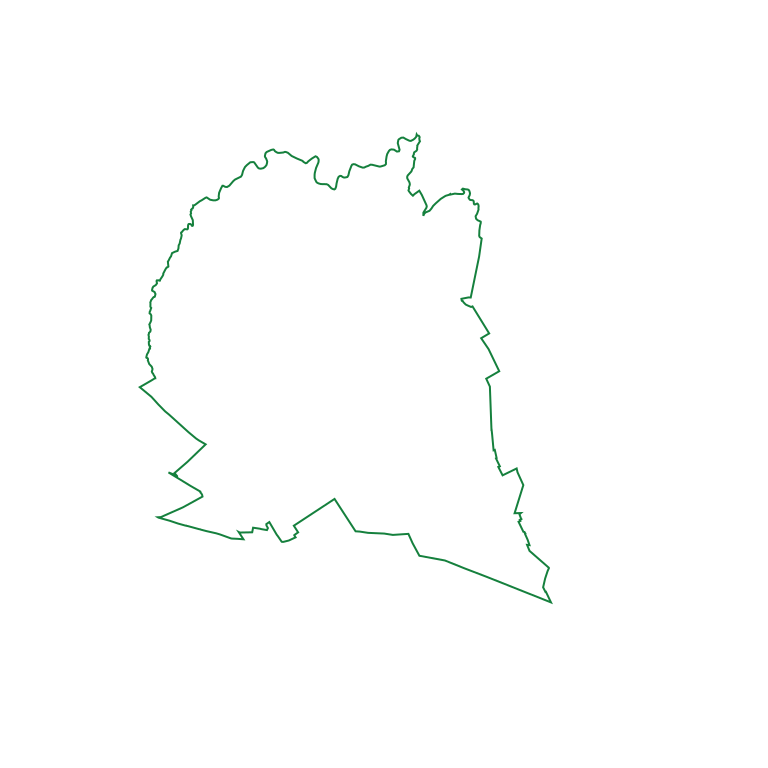 San Andrés Cholula, Puebla, Mexico, rotated 211°
{"feature_id": "50627088B61245588023001", "entity_name": "San Andrés Cholula", "entity_type": "district", "adm_level": 2, "iso_a3": "MEX", "parent_name": "Mexico", "parent_adm1": "Puebla", "projection": "mercator", "projection_center": [-98.283, 19.022], "detail": "fine", "context": "isolated", "style": "outline", "palette": "green", "viewbox_px": 768, "rotation_deg": 211, "n_neighbors": 0, "source": "geoboundaries", "source_scale": "gbopen_adm2", "svg_char_len": 6166}
<svg xmlns="http://www.w3.org/2000/svg" viewBox="0 0 768 768"><g transform="rotate(211 384 384)"><path d="M523.2,197.2L497.2,197.0L486.0,197.2L485.6,196.5L484.2,196.1L482.8,195.3L481.6,194.0L492.9,174.6L506.7,155.0L509.2,153.3L508.5,153.3L497.3,156.4L488.7,158.3L481.1,160.4L480.8,160.7L479.9,160.8L478.9,161.2L467.5,164.4L466.6,164.8L466.1,164.8L460.3,166.5L450.9,169.6L447.0,170.6L435.8,172.8L434.9,173.1L429.9,175.8L424.5,178.5L432.3,182.3L431.1,182.4L420.6,189.0L422.2,193.4L415.7,196.1L414.5,196.4L409.1,198.5L409.3,200.7L411.9,202.2L412.7,203.3L411.2,206.6L398.4,199.6L396.6,198.9L390.7,196.2L390.3,196.1L389.0,196.8L385.0,200.8L380.8,207.0L383.0,208.1L383.1,208.3L381.2,212.6L388.3,216.1L367.2,260.0L332.5,243.1L328.8,245.0L321.0,248.2L306.8,255.9L298.7,259.2L285.9,268.1L277.4,262.2L265.2,255.0L240.9,264.1L220.3,267.4L196.6,271.6L128.4,282.8L138.2,289.3L138.5,288.9L142.9,291.7L145.7,300.3L147.4,307.8L147.8,311.1L148.1,311.4L173.3,315.9L178.5,319.8L176.3,320.8L180.7,324.5L186.0,328.2L185.8,328.6L187.4,329.5L188.4,329.1L197.7,335.2L196.6,336.8L197.6,337.4L196.8,338.6L197.0,338.7L196.8,339.1L197.6,339.5L200.8,342.1L200.2,343.9L205.5,340.5L212.5,369.1L224.1,377.1L226.8,379.9L235.3,366.8L243.3,371.8L242.3,373.1L249.7,377.9L249.3,378.5L255.1,384.6L255.9,383.6L265.9,397.2L268.2,400.2L268.3,400.1L291.9,436.3L299.1,441.2L291.8,454.3L312.4,467.8L324.3,473.3L319.9,481.5L348.1,496.1L349.0,494.9L352.6,494.4L354.9,494.2L358.0,495.0L359.3,495.7L360.1,495.4L360.7,495.9L361.5,496.9L356.2,501.7L354.2,502.8L368.1,542.2L375.2,559.0L377.6,559.2L378.7,560.0L381.4,564.9L383.5,569.9L383.8,571.3L384.5,572.8L384.8,573.0L388.1,572.6L389.8,573.0L390.2,573.1L391.9,575.0L391.9,577.9L392.8,582.2L393.7,583.5L394.5,585.2L395.4,586.2L396.4,586.7L397.1,586.7L398.5,584.7L399.2,584.5L399.8,584.8L401.3,586.9L401.9,587.1L402.7,587.2L404.8,586.2L405.5,586.2L407.2,587.0L407.6,587.4L407.8,590.0L408.5,591.8L410.2,593.4L411.5,594.0L412.5,593.8L414.6,592.8L417.0,592.1L417.4,590.9L415.0,590.4L414.0,589.6L413.8,588.8L414.1,587.7L415.1,586.9L418.5,585.0L421.3,583.7L424.7,580.5L425.1,580.9L425.9,579.4L427.8,577.4L428.5,576.3L430.7,571.9L432.7,565.5L433.6,562.0L433.7,558.8L434.2,555.9L436.8,552.4L437.2,550.6L436.9,548.4L438.5,551.2L438.4,556.8L438.8,558.2L439.6,559.1L448.9,565.5L453.3,567.9L455.7,562.4L456.2,560.3L458.7,560.8L462.0,562.1L462.7,562.5L463.2,564.6L463.9,565.1L464.5,568.1L465.2,569.1L466.1,570.0L469.9,572.2L470.8,573.4L471.1,574.9L470.0,580.3L470.5,583.0L470.2,584.9L473.0,590.9L473.2,592.9L473.7,593.7L474.1,593.8L474.7,593.6L476.3,593.7L476.6,594.0L476.7,596.3L477.2,597.1L477.4,598.2L476.3,600.5L476.3,601.6L476.3,602.0L477.1,603.2L477.9,605.1L478.3,605.5L478.2,610.6L479.1,611.2L479.7,612.0L480.3,612.8L480.5,613.8L481.0,614.3L482.1,614.7L483.4,614.1L484.5,614.7L483.7,612.5L484.1,610.2L484.8,608.4L486.2,606.2L487.5,605.6L491.5,605.2L494.3,605.2L496.0,604.0L497.3,601.4L497.4,600.6L496.3,597.6L491.3,592.8L491.0,591.2L492.6,589.9L496.2,590.0L498.5,588.9L499.5,587.7L499.8,586.2L499.7,582.8L499.0,580.4L497.1,575.8L496.2,574.6L495.6,573.4L496.0,571.9L498.9,568.7L499.9,568.0L507.1,565.8L508.6,565.0L509.8,562.9L511.4,561.0L512.4,559.4L513.7,558.5L517.5,557.7L521.9,557.4L523.4,556.7L524.3,555.6L524.3,554.2L523.3,548.5L522.0,544.5L522.0,542.6L523.2,541.4L524.5,540.4L526.1,540.1L527.7,540.3L528.8,539.8L529.6,538.3L529.4,536.1L528.0,531.6L526.7,528.5L526.3,526.2L526.8,525.2L528.6,524.7L530.1,524.7L534.4,525.9L536.1,525.7L541.0,522.9L543.1,522.3L544.7,522.1L545.9,522.3L547.5,523.3L549.5,524.7L551.2,527.5L552.0,529.2L553.5,534.2L554.3,540.0L554.8,541.3L555.6,542.7L556.4,543.3L558.5,544.1L560.0,543.9L561.9,540.2L562.9,537.7L563.6,535.8L564.0,533.8L564.8,532.9L567.4,532.9L568.8,533.3L574.9,532.4L580.6,531.9L585.5,532.7L587.7,532.3L588.6,531.8L589.5,530.6L592.3,528.5L594.0,527.5L595.4,527.3L597.4,527.4L598.9,528.1L599.7,528.0L601.2,526.6L604.1,522.4L604.4,520.7L603.5,518.0L602.5,517.1L601.4,516.7L599.3,515.1L598.6,514.4L597.9,512.6L597.5,511.0L597.8,508.9L598.6,506.9L600.5,505.1L602.1,504.4L603.5,504.5L609.4,507.1L610.4,506.9L612.8,505.2L614.3,501.0L614.9,498.4L614.7,495.5L614.5,493.8L613.4,490.2L613.4,488.1L617.0,482.5L617.7,480.3L618.7,474.4L620.0,472.0L621.7,471.2L624.0,471.1L624.6,470.7L624.5,467.9L623.8,463.0L622.4,459.8L621.2,458.3L621.2,457.3L621.8,456.1L623.0,454.7L624.9,453.5L628.0,452.4L632.1,452.6L632.9,451.7L634.9,447.6L636.0,445.8L638.2,440.3L638.9,439.2L639.6,438.8L638.7,437.5L638.4,436.0L638.8,435.5L639.1,434.1L638.5,433.7L638.5,432.3L637.2,430.8L637.2,429.6L635.7,428.3L632.3,426.0L629.6,422.0L629.5,421.4L629.5,421.0L629.9,420.7L630.4,420.8L631.1,421.3L632.3,421.4L633.2,421.0L633.8,420.5L633.9,420.0L633.6,419.0L632.2,416.4L632.1,415.6L632.3,415.2L634.5,414.2L634.8,413.7L635.4,411.6L635.4,410.6L635.9,409.3L635.6,408.7L634.1,407.4L633.7,406.4L632.9,404.0L632.8,402.8L631.5,399.2L631.4,397.1L630.0,394.3L629.5,391.7L631.2,389.9L633.1,387.0L632.3,383.7L632.5,382.1L632.2,378.7L632.3,377.6L629.3,373.6L629.7,372.5L630.3,372.0L630.4,369.8L630.1,365.0L629.5,364.0L629.4,362.2L629.6,358.2L629.3,357.2L629.7,356.9L630.8,356.7L632.1,355.8L632.0,355.1L630.4,353.3L630.6,351.2L631.9,348.7L631.9,347.2L631.2,345.0L630.8,344.6L628.1,344.7L626.2,343.4L625.5,341.1L625.5,340.5L626.2,339.9L626.4,339.1L626.6,337.0L626.8,336.2L626.3,333.5L625.7,332.8L624.1,330.0L623.3,329.5L622.7,329.3L622.4,327.6L622.1,326.6L622.0,325.2L621.3,323.8L619.8,323.6L618.7,322.8L616.3,318.6L616.0,316.9L615.8,314.1L615.2,313.7L613.9,312.0L612.0,310.4L611.6,309.5L611.3,308.6L611.8,306.8L611.2,305.4L611.2,304.8L610.0,303.6L608.9,301.5L607.9,301.1L607.5,300.7L607.1,300.2L607.3,299.0L606.0,297.0L605.0,296.0L604.3,296.2L603.6,295.8L603.6,294.8L602.9,294.1L602.8,293.6L603.2,293.2L602.4,289.9L602.4,287.3L601.5,284.4L601.0,284.1L600.1,284.4L599.5,284.2L598.9,283.5L598.7,282.7L595.5,280.2L592.0,279.2L590.2,277.7L589.7,276.4L589.5,275.2L588.5,274.3L587.3,274.0L586.6,273.4L583.7,271.9L583.0,271.1L583.4,270.8L584.9,267.8L591.7,255.5L576.7,253.2L566.8,250.2L557.5,247.8L552.7,247.1L526.7,242.0L517.1,240.5L513.7,240.3L505.8,240.4L512.4,216.0L517.7,199.8L513.9,198.5L513.6,198.0L518.7,198.0L523.2,197.2Z" fill="none" stroke="#15803d" stroke-width="2"/></g></svg>